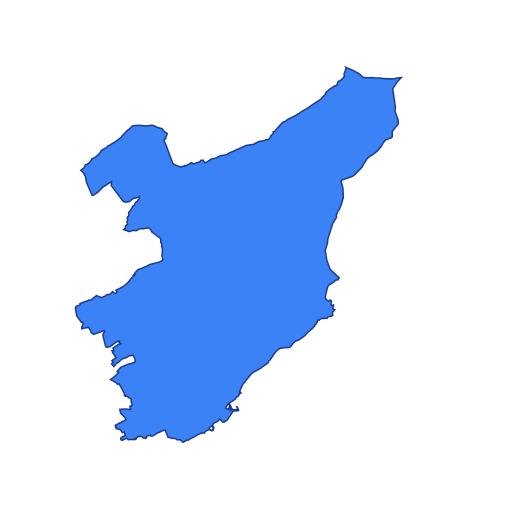 Holmestrand nor, Vestfold, Norway (orthographic projection), rotated 74°
{"feature_id": "86288312B24065042628748", "entity_name": "Holmestrand nor", "entity_type": "district", "adm_level": 2, "iso_a3": "NOR", "parent_name": "Norway", "parent_adm1": "Vestfold", "projection": "orthographic", "projection_center": [10.216, 59.512], "detail": "fine", "context": "isolated", "style": "filled", "palette": "blue", "viewbox_px": 512, "rotation_deg": 74, "n_neighbors": 0, "source": "geoboundaries", "source_scale": "gbopen_adm2", "svg_char_len": 6145}
<svg xmlns="http://www.w3.org/2000/svg" viewBox="0 0 512 512"><g transform="rotate(74 256 256)"><path d="M415.0,377.5L413.8,372.3L414.4,371.7L413.7,370.5L413.1,366.4L411.6,360.8L411.3,357.9L411.6,354.7L412.6,354.3L411.6,354.3L410.6,352.8L410.1,350.8L410.0,348.6L411.8,346.9L411.8,346.2L409.8,348.3L408.6,348.6L407.4,346.7L407.2,345.4L408.9,344.5L411.7,345.7L410.6,344.4L408.9,343.8L406.8,344.4L405.6,343.4L404.9,342.2L404.5,338.8L402.8,335.7L406.4,333.9L406.9,332.4L405.9,329.1L398.8,320.7L399.8,315.9L399.4,315.1L394.9,316.0L398.6,316.0L397.4,320.7L394.8,321.8L397.7,322.8L397.2,323.4L394.4,322.8L393.8,321.5L390.9,322.4L391.0,322.9L392.6,322.6L396.0,324.8L394.1,327.1L393.3,326.9L390.5,323.5L387.7,314.9L386.5,314.2L385.9,311.7L383.9,309.6L383.3,309.9L382.3,309.3L384.1,307.8L382.0,308.9L381.2,308.7L376.1,304.5L367.7,292.6L367.0,290.7L365.8,284.8L365.5,284.4L365.1,281.9L364.4,280.8L362.6,275.2L361.9,273.7L360.3,272.6L359.9,271.3L354.9,265.3L352.4,261.6L351.8,259.4L351.3,259.1L351.3,257.7L351.7,257.2L351.7,255.4L353.1,248.9L352.5,247.4L350.4,244.7L349.1,242.4L348.5,239.9L348.6,238.4L346.3,231.5L343.7,227.5L341.2,221.7L339.5,218.9L338.5,218.5L338.4,217.7L336.5,215.3L334.8,214.6L334.5,213.9L335.2,213.1L334.5,211.9L334.2,210.0L335.5,205.0L334.5,203.9L334.3,201.7L334.9,200.9L334.2,198.6L331.2,198.0L329.4,195.1L328.7,196.2L327.2,196.5L326.1,196.0L325.6,195.1L324.4,195.0L324.3,196.9L323.1,197.4L320.7,196.0L319.7,196.0L318.7,197.0L319.5,198.7L317.6,200.2L316.1,200.9L313.8,200.4L305.5,195.7L304.2,194.4L302.4,188.2L301.8,187.5L301.2,185.7L301.5,183.6L300.6,183.2L300.0,182.0L289.3,188.4L279.4,189.1L269.7,187.9L263.3,183.7L259.5,182.3L245.8,173.2L241.1,168.0L238.5,167.3L235.4,164.8L234.2,163.1L229.3,159.3L223.6,155.8L214.3,153.7L208.3,153.7L206.7,153.0L206.2,143.9L205.8,140.6L205.3,139.2L199.8,129.5L196.8,126.7L192.9,122.0L191.4,118.8L190.9,116.4L188.7,110.6L185.6,106.0L181.6,101.7L180.0,98.9L179.7,93.5L178.9,92.1L173.7,90.6L168.5,83.1L167.3,82.5L164.1,81.9L154.9,82.5L151.6,81.0L132.9,78.5L127.7,72.4L124.5,67.2L123.7,71.6L123.7,74.3L122.9,77.4L120.3,85.4L119.0,87.8L117.7,92.8L116.3,95.4L116.0,97.6L113.9,103.8L109.6,106.3L104.3,111.6L99.3,117.8L100.6,117.7L105.4,121.3L106.6,121.2L108.5,122.3L110.8,126.9L110.8,128.7L114.2,131.4L114.4,132.5L114.2,133.5L116.1,139.6L118.1,143.7L120.2,145.4L121.8,148.7L123.0,150.0L126.5,161.2L127.7,164.3L130.1,173.5L131.3,176.0L131.0,177.1L131.7,178.3L133.4,187.9L134.6,190.4L134.8,193.4L141.4,204.1L141.5,205.4L142.9,205.5L144.8,209.0L145.9,209.5L147.6,212.0L146.9,214.5L147.4,215.6L147.1,219.2L146.6,220.7L147.4,225.7L148.0,227.4L147.0,234.6L149.6,253.3L150.6,256.7L149.8,262.2L149.9,263.9L150.8,267.3L150.4,272.5L151.4,274.1L151.1,274.4L152.1,277.2L152.3,279.5L149.1,280.6L149.4,281.4L148.8,282.6L150.1,284.3L150.0,286.5L150.3,289.7L150.0,290.9L148.8,291.9L148.5,293.2L148.9,293.5L150.0,298.5L149.4,299.3L149.8,300.3L149.5,302.5L149.8,303.8L146.0,308.8L144.2,310.4L122.6,312.1L119.7,312.9L118.0,310.1L116.9,310.1L115.8,308.8L113.6,307.6L111.3,309.8L107.7,311.2L105.9,314.3L102.1,318.9L101.4,320.8L100.9,325.2L98.3,331.9L97.0,337.4L97.0,339.4L98.6,341.8L100.0,345.4L102.7,349.8L103.3,351.4L104.6,352.4L107.5,360.0L108.4,364.0L109.0,364.5L109.3,368.0L110.4,369.5L111.9,375.5L113.9,377.6L116.3,382.0L117.2,385.1L117.2,386.8L119.9,389.3L121.3,392.9L121.2,394.8L124.1,397.3L125.2,400.8L127.6,399.4L131.8,398.1L138.9,398.6L152.5,396.8L152.8,395.8L151.1,390.4L147.1,383.2L146.6,380.3L146.0,379.4L144.7,374.4L148.3,375.7L167.0,368.6L168.5,365.9L168.5,364.4L168.9,363.3L168.2,361.0L167.5,360.1L166.8,357.4L167.1,355.9L166.7,351.7L169.2,352.8L169.5,353.8L171.0,355.1L171.0,356.2L171.8,357.5L173.5,358.5L173.9,359.5L173.9,360.5L177.5,363.9L179.0,366.5L182.0,366.9L183.6,369.3L185.4,369.2L187.9,370.8L190.2,370.6L190.6,372.2L191.6,373.4L192.9,373.7L194.1,376.0L197.7,371.0L197.4,367.3L198.7,364.1L197.7,360.3L198.6,357.6L199.3,351.7L201.4,350.0L204.2,349.5L212.9,342.9L216.8,343.8L218.8,343.3L221.1,344.1L223.8,344.1L229.9,346.3L234.1,346.6L234.5,347.3L235.2,351.0L234.9,360.0L235.4,363.3L235.9,364.2L235.8,366.5L236.5,369.3L236.5,373.1L238.3,376.2L240.4,378.7L240.4,377.0L243.0,382.0L246.2,386.3L248.2,390.6L249.0,393.2L250.3,400.1L251.9,399.4L253.4,401.1L252.7,402.3L250.7,403.7L252.1,405.9L252.6,407.7L252.2,408.9L252.1,410.5L252.9,411.8L253.5,415.7L250.1,420.3L252.8,426.8L252.3,428.8L252.8,430.7L252.6,432.2L253.2,438.3L254.5,438.6L254.8,442.8L256.3,444.0L264.3,444.8L271.6,442.1L272.3,440.5L274.8,441.7L276.5,443.2L278.0,443.5L278.0,440.3L278.4,438.6L278.2,436.8L282.6,435.4L284.0,435.7L286.4,433.9L286.1,433.5L286.5,432.7L285.8,422.6L287.2,422.4L288.9,424.6L290.8,425.1L301.0,425.5L302.4,425.1L303.0,421.5L299.9,413.1L300.1,409.8L300.7,411.8L303.0,410.3L303.2,413.4L303.9,414.1L303.9,415.3L305.2,419.0L307.1,418.4L307.8,419.1L307.4,420.5L308.8,420.1L309.2,420.5L315.0,418.5L316.9,423.4L318.7,422.5L319.9,424.6L323.1,423.1L321.0,420.2L320.2,417.5L318.4,413.9L318.0,412.8L318.0,409.2L316.9,404.6L317.2,404.3L317.4,401.7L321.0,400.7L322.7,400.8L325.0,402.0L324.7,404.2L325.1,406.2L324.7,408.3L325.7,416.6L328.6,421.3L330.0,420.2L332.8,424.8L334.6,429.9L339.1,425.5L341.3,424.3L341.2,422.8L351.7,420.4L353.8,421.0L354.2,419.6L354.9,419.9L355.8,418.1L357.1,417.4L358.7,415.4L362.6,416.3L363.6,415.7L365.7,416.5L365.6,418.6L368.9,418.7L366.8,424.6L365.9,429.2L369.7,429.5L375.7,426.2L377.3,426.2L378.4,429.1L378.1,429.7L379.0,432.0L378.8,433.2L379.3,433.7L379.0,434.2L379.9,436.5L379.8,437.5L380.4,438.2L382.1,437.4L382.2,438.1L383.5,437.8L385.4,434.4L389.0,433.1L388.8,431.1L392.5,431.1L392.4,431.7L392.9,432.9L392.8,433.8L393.5,435.9L395.0,436.6L395.9,436.2L396.3,435.3L395.5,431.0L395.9,430.2L397.4,429.5L398.0,426.2L398.7,424.6L399.0,422.9L398.6,422.7L399.1,422.6L398.8,421.5L397.4,420.5L397.4,419.6L396.8,418.9L397.1,417.7L397.7,417.5L397.5,416.4L398.3,415.4L400.0,414.5L399.9,413.3L400.9,412.6L400.6,411.3L399.2,411.0L398.9,410.4L399.2,407.2L400.1,406.7L400.5,404.7L399.0,399.6L398.8,396.8L398.3,396.0L398.2,391.3L406.2,390.5L406.6,389.5L406.5,388.7L407.7,387.7L408.5,386.1L408.6,385.1L409.6,383.5L411.0,382.5L411.6,379.7L415.0,377.5Z" fill="#3b82f6" stroke="#1e3a8a" stroke-width="1.5"/></g></svg>